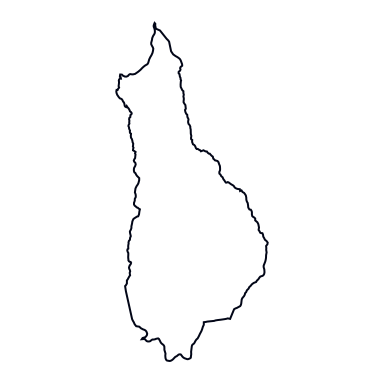 the district of Colíder, Mato Grosso, Brazil
{"feature_id": "56859067B13251605722574", "entity_name": "Colíder", "entity_type": "district", "adm_level": 2, "iso_a3": "BRA", "parent_name": "Brazil", "parent_adm1": "Mato Grosso", "projection": "equal_earth", "projection_center": [-55.489, -10.565], "detail": "fine", "context": "isolated", "style": "outline", "palette": "ink", "viewbox_px": 384, "rotation_deg": 0, "n_neighbors": 0, "source": "geoboundaries", "source_scale": "gbopen_adm2", "svg_char_len": 6022}
<svg xmlns="http://www.w3.org/2000/svg" viewBox="0 0 384 384"><path d="M120.2,74.5L120.0,75.5L119.9,76.7L120.6,77.0L120.9,78.6L120.0,78.5L119.1,79.5L118.8,80.7L119.0,81.8L119.0,82.9L118.8,84.7L118.6,86.1L119.1,87.6L118.1,88.8L117.6,90.0L116.6,89.9L116.3,91.3L116.5,92.9L117.2,94.8L118.7,97.0L119.8,98.3L120.9,98.7L121.8,99.2L122.6,100.4L123.1,101.6L123.9,102.4L124.4,103.9L124.7,105.8L125.2,106.6L126.1,107.1L126.7,106.0L127.6,107.4L128.4,108.2L128.9,108.9L129.5,110.0L130.0,111.4L131.0,112.1L131.7,113.2L131.4,114.3L130.4,115.1L130.3,117.1L129.3,118.0L129.1,119.4L129.4,120.8L129.2,122.2L129.4,123.7L128.8,124.6L128.4,126.0L129.0,127.3L129.1,128.6L129.5,129.6L130.0,130.6L129.8,131.9L130.1,133.0L131.0,133.7L130.8,135.9L131.0,137.7L131.9,139.1L132.4,140.9L132.6,142.3L133.2,143.5L133.1,145.2L132.9,146.5L133.5,147.7L133.1,149.0L133.0,150.3L134.4,151.1L135.6,152.0L135.0,153.3L135.5,154.4L135.1,158.1L134.3,159.3L133.8,160.6L134.2,161.7L135.3,162.8L135.7,164.3L135.2,166.0L134.2,167.7L133.9,169.0L133.9,170.9L134.4,172.4L135.4,173.1L136.1,174.6L137.0,175.9L139.2,178.1L139.2,180.2L138.4,183.2L137.8,184.4L136.5,186.3L135.5,188.4L134.9,192.4L135.6,194.3L135.8,196.0L135.7,197.2L134.8,198.9L134.8,200.4L134.4,201.8L134.0,202.8L134.0,204.5L134.7,205.7L135.6,206.3L136.7,207.4L137.7,207.7L138.7,208.6L139.9,209.3L139.4,211.4L139.0,214.4L138.2,216.3L137.0,216.6L134.8,218.0L133.5,218.9L132.8,220.3L132.3,221.7L132.1,223.3L131.4,226.4L131.4,228.0L130.9,229.6L129.9,231.4L130.0,232.8L130.8,236.1L130.1,237.8L129.9,239.8L128.9,240.9L128.5,242.5L128.6,243.7L128.3,245.0L128.2,246.3L128.3,248.7L127.5,249.3L127.3,250.5L127.7,251.9L128.3,253.0L128.3,255.0L128.2,256.4L128.2,257.9L128.4,259.2L128.4,260.3L128.9,261.2L129.6,261.8L130.6,261.9L131.1,262.9L130.6,264.3L129.7,265.4L129.0,267.4L129.2,268.8L129.7,269.6L130.2,271.2L129.7,272.9L129.9,274.3L130.1,275.3L129.3,276.4L128.3,278.2L127.7,279.4L126.9,280.4L126.9,282.0L126.9,283.5L125.8,285.4L125.1,286.1L125.9,291.2L132.1,319.1L132.8,320.6L133.7,322.1L134.7,324.3L136.2,326.2L139.3,326.7L141.0,328.3L143.1,329.4L144.3,329.8L145.4,330.4L146.3,331.4L146.8,332.5L147.2,333.8L146.8,335.4L145.6,336.9L144.7,337.4L142.6,338.0L141.8,339.2L144.1,339.0L145.1,339.3L145.7,340.1L146.7,341.1L148.0,341.5L149.5,341.4L150.3,341.1L151.2,340.3L152.4,339.5L153.7,339.5L155.0,339.3L156.1,338.8L158.1,338.4L158.9,338.9L160.0,340.9L160.8,342.6L161.7,343.6L162.9,344.5L163.8,345.4L164.3,346.4L164.4,347.9L164.4,349.8L164.7,350.9L165.2,352.5L165.5,353.7L165.3,355.4L165.4,357.1L165.6,358.5L166.1,359.7L166.9,360.5L168.3,360.8L169.9,361.0L171.3,360.5L172.1,360.0L173.1,359.2L174.3,357.9L175.4,356.8L176.7,356.2L178.6,354.6L179.9,354.3L180.8,354.5L181.7,355.6L182.3,356.5L183.2,357.4L184.4,358.2L187.0,359.1L187.9,359.2L189.1,358.8L190.1,358.3L190.8,357.7L191.0,355.8L191.2,354.6L191.2,353.1L191.1,351.9L191.8,346.3L192.1,345.2L192.8,344.4L193.9,343.6L194.6,342.6L195.1,341.5L195.9,340.2L196.6,339.3L197.6,338.5L198.9,336.1L199.9,333.9L201.4,331.1L202.1,329.3L202.9,326.7L203.8,324.8L203.8,322.2L206.0,321.9L207.2,321.6L214.1,320.9L215.6,320.4L217.4,320.1L220.8,319.7L224.9,319.1L226.4,318.8L227.8,318.4L230.1,318.9L234.1,309.2L235.5,308.4L236.9,307.9L240.2,306.1L240.8,305.1L241.2,303.8L241.7,299.6L242.2,298.3L244.1,296.0L244.8,294.6L245.1,293.2L246.1,292.2L246.9,290.3L248.6,288.6L249.2,287.2L250.7,285.8L251.7,284.5L252.5,283.8L253.8,282.9L256.1,282.0L256.9,280.6L258.3,279.3L259.5,277.5L260.3,276.6L261.1,276.3L262.7,275.8L263.8,274.7L264.2,273.8L264.5,272.2L264.3,269.4L263.7,267.4L263.6,266.0L263.9,265.0L264.5,263.5L265.3,261.4L265.7,259.7L266.0,257.9L266.1,255.1L266.6,252.4L266.2,249.9L266.3,248.2L266.1,246.0L266.7,245.2L267.4,244.3L267.7,242.6L266.5,241.0L264.9,239.7L264.1,238.0L263.3,236.7L263.0,234.6L262.4,233.2L261.1,233.1L260.2,232.7L259.6,231.4L258.6,229.9L259.0,227.5L258.3,224.1L257.4,222.3L255.2,220.4L255.2,218.5L254.1,217.4L253.3,217.0L252.3,216.2L251.9,214.5L251.9,212.0L251.4,210.6L250.8,209.7L249.5,209.5L248.7,208.4L248.2,207.2L248.1,205.6L247.7,203.0L246.9,201.6L246.5,200.4L246.3,199.2L246.3,197.8L245.9,195.7L245.4,194.7L244.1,192.9L242.5,192.0L241.5,190.4L240.1,191.0L239.8,189.2L237.9,189.0L236.8,188.7L235.5,188.1L234.6,187.3L233.8,186.0L232.8,185.2L231.3,184.4L230.2,183.6L228.6,182.4L227.7,182.1L226.8,182.6L225.9,182.6L225.0,181.5L224.4,180.4L223.5,179.4L222.6,177.3L221.2,176.1L220.6,174.8L219.4,173.6L219.3,172.0L220.0,170.4L220.1,169.2L220.0,166.9L219.8,165.7L219.3,164.6L218.9,163.5L218.5,162.2L217.5,161.0L214.9,160.3L214.3,159.5L213.3,158.7L212.8,156.6L212.0,156.1L210.6,154.7L209.8,153.7L208.8,153.6L207.7,152.7L206.9,151.5L205.5,151.4L203.5,150.3L200.9,151.3L200.2,150.3L199.4,150.0L197.7,148.9L196.7,149.0L195.9,148.1L195.2,146.2L194.3,145.0L193.0,144.3L192.1,141.9L192.2,139.9L191.2,139.3L191.0,138.0L191.2,136.9L191.3,135.8L191.0,134.7L190.8,133.6L190.7,129.5L190.3,128.0L190.3,126.6L189.7,125.2L188.5,123.8L188.1,122.1L188.2,120.8L188.5,119.6L188.2,118.4L187.6,117.6L187.3,116.2L187.2,114.7L186.2,113.8L185.4,112.0L185.0,110.0L185.8,108.7L185.6,107.0L185.4,105.1L184.4,103.7L183.6,102.3L183.6,101.0L183.8,99.7L183.8,98.2L183.4,96.5L183.8,94.7L183.4,93.1L183.4,91.2L182.3,90.2L180.7,86.9L180.6,84.6L180.8,81.6L181.1,80.4L180.6,79.4L180.5,77.9L179.9,76.7L179.5,74.1L178.7,73.4L178.6,72.0L179.2,71.3L180.1,70.6L180.5,69.4L180.1,68.1L180.6,67.0L182.2,65.7L182.1,64.2L180.7,60.4L180.0,59.2L179.2,58.4L178.1,57.6L177.4,57.1L175.6,56.1L173.2,54.4L171.1,51.3L169.1,41.7L168.2,40.4L166.6,38.8L160.0,30.5L155.9,28.7L155.2,25.5L155.3,23.8L154.6,23.0L154.1,24.2L153.7,25.4L153.7,26.7L154.4,28.5L154.8,30.2L154.9,32.0L154.7,33.2L154.1,34.5L153.3,35.6L152.7,36.9L152.2,38.2L152.0,39.8L151.2,42.8L151.2,44.2L151.9,45.7L152.7,47.1L153.3,48.6L153.0,50.8L152.5,52.9L151.4,55.3L150.3,57.1L149.2,59.4L148.6,61.5L148.2,62.9L147.4,64.2L145.0,65.6L143.5,66.8L142.1,68.1L140.5,69.8L138.4,71.6L135.1,73.9L132.9,74.4L131.5,74.3L130.4,74.1L129.6,74.3L128.7,75.0L127.9,76.0L126.5,76.6L125.0,76.6L123.0,75.7L121.9,74.6L120.2,74.5Z" fill="none" stroke="#020617" stroke-width="2"/></svg>